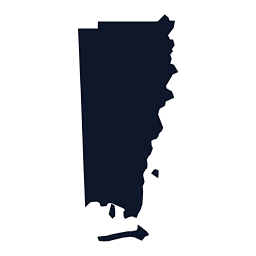 Mobile, Alabama, United States of America
{"feature_id": "52423323B65626355292212", "entity_name": "Mobile", "entity_type": "district", "adm_level": 2, "iso_a3": "USA", "parent_name": "United States of America", "parent_adm1": "Alabama", "projection": "natural_earth1", "projection_center": [-88.164, 30.697], "detail": "fine", "context": "isolated", "style": "filled", "palette": "ink", "viewbox_px": 256, "rotation_deg": 0, "n_neighbors": 0, "source": "geoboundaries", "source_scale": "gbopen_adm2", "svg_char_len": 1785}
<svg xmlns="http://www.w3.org/2000/svg" viewBox="0 0 256 256"><path d="M167.8,17.9L164.7,15.4L158.1,22.2L152.7,22.3L98.6,22.3L98.6,29.3L78.8,29.3L80.0,56.1L80.0,56.3L80.0,56.8L80.7,74.1L81.2,85.9L81.4,88.0L82.5,118.9L82.6,119.9L82.6,120.2L82.7,124.3L82.7,125.9L83.1,134.8L83.4,142.3L83.5,143.5L83.5,145.7L83.8,153.5L84.0,160.5L84.1,164.0L84.2,164.4L84.2,166.9L84.5,172.1L85.9,205.6L89.8,201.8L91.9,201.2L96.3,200.9L98.0,201.1L100.5,203.0L101.1,205.5L102.1,205.7L106.1,205.3L107.7,202.4L111.9,202.5L122.9,207.3L123.7,207.3L126.0,210.6L126.0,211.4L124.4,211.7L124.1,212.9L124.6,217.0L125.4,218.0L129.2,216.2L132.3,215.6L136.1,217.1L137.7,212.9L138.4,212.2L140.2,208.7L141.7,203.8L142.4,191.9L141.9,185.9L143.0,183.9L143.8,181.6L142.6,176.4L142.4,174.5L143.0,172.4L145.0,169.1L146.5,167.9L146.7,163.7L146.0,159.7L146.2,159.2L148.0,156.0L150.0,153.8L152.1,148.1L151.0,146.5L150.5,140.4L153.9,138.6L155.8,138.3L157.4,136.5L158.3,133.6L160.1,131.3L160.9,130.9L162.4,127.8L157.4,114.7L158.2,110.3L159.3,108.2L164.4,105.1L165.0,101.0L173.3,97.3L171.4,92.0L166.2,89.1L165.1,85.9L171.3,75.6L171.8,74.1L177.2,71.7L173.5,65.4L169.3,64.0L170.9,58.8L169.3,54.4L172.1,51.1L170.8,49.4L173.9,45.0L172.5,40.3L169.6,40.3L167.1,35.2L172.9,27.6L174.1,21.5L169.0,21.3L167.8,17.9ZM98.3,237.4L99.5,240.2L103.3,240.6L108.3,240.4L122.2,237.0L130.2,236.0L134.5,236.5L141.7,239.8L144.5,236.1L147.3,235.0L147.9,234.8L148.0,234.1L145.7,231.5L138.4,225.9L138.4,228.3L137.2,231.0L134.7,231.4L131.7,232.0L128.1,232.0L118.8,233.7L111.8,235.1L106.5,236.6L103.5,236.8L98.3,237.4ZM110.7,209.3L109.5,214.2L112.5,217.6L114.4,215.9L114.4,211.0L113.9,206.2L111.8,204.9L110.7,209.3ZM154.1,170.6L152.2,173.2L157.5,176.9L157.8,174.0L157.8,170.8L155.5,169.9L154.1,170.6Z" fill="#0f172a" stroke="#020617" stroke-width="1.5"/></svg>